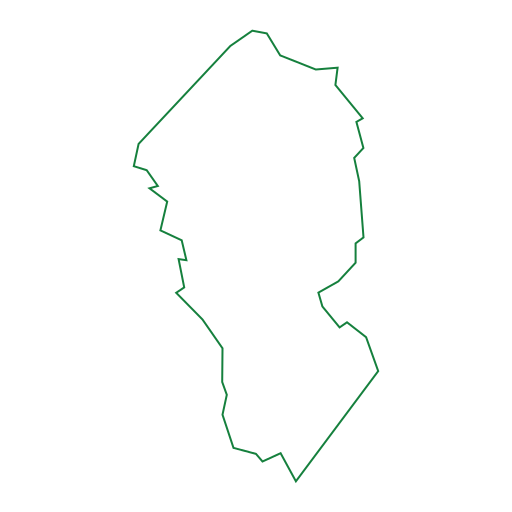 Calhoun, West Virginia, United States of America (Natural Earth projection)
{"feature_id": "52423323B5856421301049", "entity_name": "Calhoun", "entity_type": "district", "adm_level": 2, "iso_a3": "USA", "parent_name": "United States of America", "parent_adm1": "West Virginia", "projection": "natural_earth1", "projection_center": [-81.116, 38.829], "detail": "fine", "context": "isolated", "style": "outline", "palette": "green", "viewbox_px": 512, "rotation_deg": 0, "n_neighbors": 0, "source": "geoboundaries", "source_scale": "gbopen_adm2", "svg_char_len": 671}
<svg xmlns="http://www.w3.org/2000/svg" viewBox="0 0 512 512"><path d="M337.6,67.7L315.8,69.5L280.2,55.4L266.8,33.4L252.3,30.7L230.4,45.9L138.6,143.9L133.8,166.2L146.7,170.2L157.8,186.0L149.5,188.3L167.2,201.6L160.4,230.4L181.7,240.3L186.4,260.2L178.6,259.1L184.2,287.4L176.2,292.8L202.5,319.5L222.5,348.3L222.2,382.0L226.8,394.8L222.5,414.7L233.5,447.9L256.0,453.9L262.5,461.5L280.6,453.2L295.9,481.3L339.3,423.2L378.2,371.1L366.1,337.2L347.0,322.3L339.6,327.4L322.4,306.5L318.4,292.6L338.3,281.4L355.6,262.7L355.6,243.4L363.5,237.4L359.2,181.3L354.2,157.9L363.4,148.0L356.4,121.9L362.7,118.3L335.4,85.0L337.6,67.7Z" fill="none" stroke="#15803d" stroke-width="2"/></svg>